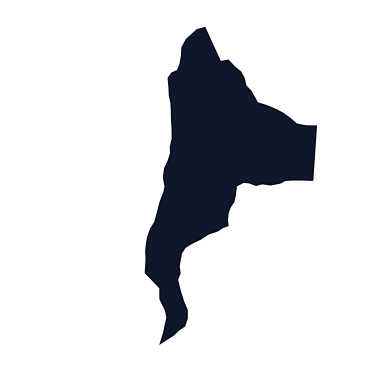 Trabiju, São Paulo, Brazil, rotated 305°
{"feature_id": "56859067B68182867271292", "entity_name": "Trabiju", "entity_type": "district", "adm_level": 2, "iso_a3": "BRA", "parent_name": "Brazil", "parent_adm1": "São Paulo", "projection": "mercator", "projection_center": [-48.36, -22.031], "detail": "fine", "context": "isolated", "style": "filled", "palette": "ink", "viewbox_px": 384, "rotation_deg": 305, "n_neighbors": 0, "source": "geoboundaries", "source_scale": "gbopen_adm2", "svg_char_len": 1258}
<svg xmlns="http://www.w3.org/2000/svg" viewBox="0 0 384 384"><g transform="rotate(305 192 192)"><path d="M50.1,253.0L56.0,255.4L64.3,258.8L71.1,260.1L77.9,262.7L85.8,260.4L92.4,255.7L97.4,247.7L103.8,239.4L111.6,230.4L118.7,228.6L123.4,224.1L128.4,221.6L135.8,218.3L142.6,218.0L149.4,220.9L158.6,226.0L167.1,229.4L175.1,235.3L180.1,237.1L185.1,240.6L189.4,236.8L195.8,233.3L202.0,231.8L207.9,231.8L214.9,228.8L222.4,224.7L229.8,228.6L232.6,233.9L234.3,240.6L239.2,244.7L243.1,252.4L249.9,258.9L255.2,261.6L260.2,268.1L265.2,275.2L270.9,284.0L317.2,256.0L311.3,247.3L307.5,238.8L308.4,230.4L308.6,221.6L307.7,214.2L305.6,204.3L302.5,194.4L308.3,182.6L309.8,175.0L315.1,169.3L318.2,162.9L318.8,154.7L320.7,146.2L314.9,140.6L333.9,108.3L327.9,103.2L321.1,101.6L313.9,100.0L304.8,101.0L296.3,106.1L289.8,109.0L283.2,110.6L277.7,107.3L271.7,107.3L264.7,113.2L257.9,118.5L252.6,124.2L246.6,128.8L240.4,133.3L232.1,139.9L224.5,145.3L216.5,148.6L211.7,152.4L203.4,154.9L195.8,156.2L187.7,160.3L181.1,167.0L176.0,169.2L166.2,171.6L146.2,178.9L137.9,179.4L129.6,181.7L123.6,184.5L116.9,188.3L110.7,193.2L99.1,200.2L97.9,206.8L95.0,220.9L86.1,227.2L80.2,237.8L75.2,243.5L67.5,246.7L59.8,249.9L50.1,253.0Z" fill="#0f172a" stroke="#020617" stroke-width="1.5"/></g></svg>